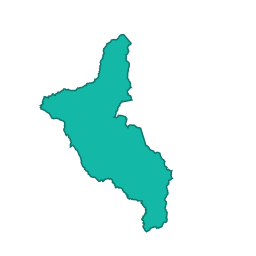 the district of Almas, Tocantins, Brazil, rotated 306°
{"feature_id": "56859067B55492829903460", "entity_name": "Almas", "entity_type": "district", "adm_level": 2, "iso_a3": "BRA", "parent_name": "Brazil", "parent_adm1": "Tocantins", "projection": "albers", "projection_center": [-47.229, -11.473], "detail": "fine", "context": "isolated", "style": "filled", "palette": "teal", "viewbox_px": 256, "rotation_deg": 306, "n_neighbors": 0, "source": "geoboundaries", "source_scale": "gbopen_adm2", "svg_char_len": 5730}
<svg xmlns="http://www.w3.org/2000/svg" viewBox="0 0 256 256"><g transform="rotate(306 128 128)"><path d="M199.7,68.1L198.7,67.3L197.0,67.1L194.2,67.3L192.8,66.9L192.3,66.3L190.9,64.2L189.5,63.0L189.1,62.9L187.8,63.4L186.5,62.9L186.1,62.5L184.9,62.5L184.1,61.4L181.4,62.3L180.9,62.1L178.5,62.0L177.7,61.8L177.3,62.4L176.1,62.6L174.9,64.0L174.3,65.1L173.2,64.7L172.1,65.0L171.3,65.9L170.0,66.0L169.2,66.8L167.8,66.5L166.4,66.5L164.7,67.1L163.7,68.4L162.5,69.0L161.8,68.8L161.3,69.1L160.6,69.9L160.2,70.2L159.5,70.1L159.3,70.6L158.0,71.3L156.7,71.6L156.4,72.1L155.8,72.4L155.0,72.5L154.4,72.3L152.4,74.0L151.8,74.2L148.6,73.6L148.1,72.6L147.1,73.0L146.3,73.7L145.6,73.6L145.0,73.2L144.4,73.2L143.6,72.3L142.8,72.1L141.8,70.5L140.4,69.6L140.2,68.9L139.6,68.7L139.1,68.8L138.6,68.7L138.0,69.2L136.9,68.2L133.9,67.1L132.4,65.4L131.5,65.0L130.8,63.8L130.1,63.9L128.8,63.6L128.0,63.9L127.3,63.6L126.6,62.1L125.1,60.4L124.1,58.1L124.1,57.0L123.6,57.1L123.1,55.9L122.3,55.6L122.6,54.3L122.0,53.2L121.5,53.0L120.5,53.4L119.6,52.6L118.4,52.4L118.0,52.0L116.5,52.1L116.1,50.6L115.6,50.2L115.0,50.6L113.1,49.6L111.8,49.9L111.3,49.3L111.7,48.9L111.3,46.9L109.4,47.1L107.8,46.2L107.3,45.2L106.8,45.0L106.3,45.1L106.0,45.8L105.4,45.9L104.5,42.3L104.1,41.8L103.4,42.1L103.3,42.7L101.6,42.6L98.9,43.5L98.4,43.8L98.0,44.4L98.0,44.9L97.3,45.1L96.3,44.5L95.5,44.4L94.8,44.0L94.8,45.3L94.1,45.3L93.3,44.9L92.8,46.1L92.3,46.4L92.8,47.6L92.8,48.3L93.2,49.9L93.4,52.1L93.1,53.5L93.4,54.1L93.5,55.6L92.3,58.7L91.3,60.6L91.7,61.3L91.7,62.2L93.4,63.8L94.1,64.7L94.4,66.1L94.9,66.8L94.6,68.4L95.1,69.1L95.1,69.9L95.7,71.2L95.6,73.0L93.7,74.8L92.4,75.3L92.0,76.0L91.3,76.5L89.5,76.7L88.4,77.5L87.2,80.2L86.3,81.2L85.7,82.4L86.8,82.6L87.2,83.1L86.8,84.4L86.1,84.9L85.4,86.0L85.2,87.7L84.0,88.6L83.9,89.4L83.0,90.5L82.5,90.8L81.9,90.7L80.9,91.0L78.9,92.5L80.1,93.0L80.7,92.9L81.2,93.1L81.5,93.5L81.3,95.3L80.4,97.7L80.0,98.0L79.8,98.6L80.1,99.4L80.0,100.1L78.3,103.3L77.5,104.0L77.2,105.2L76.2,107.1L74.3,109.2L74.2,109.7L72.9,110.1L70.8,113.2L70.1,115.0L70.7,116.1L69.2,117.0L69.1,118.5L68.7,119.2L69.3,121.0L68.8,121.4L68.2,122.5L67.4,122.8L67.6,124.6L67.0,125.6L66.9,126.4L67.6,128.7L68.6,130.1L68.5,132.5L68.2,133.0L67.9,135.2L67.7,135.6L68.5,136.6L69.8,136.8L70.4,137.1L70.5,137.7L70.0,138.8L70.3,139.4L70.9,139.3L71.2,139.0L71.7,139.5L73.0,139.5L73.3,140.0L74.8,140.9L75.2,141.7L75.9,142.0L75.9,143.4L76.7,143.6L76.7,144.4L77.0,144.9L75.7,147.3L75.0,147.2L74.7,148.0L75.2,149.6L74.0,150.6L74.1,151.1L73.9,151.7L72.9,152.4L72.5,153.1L74.3,154.7L74.5,155.3L74.2,155.9L74.7,155.9L75.4,157.6L75.3,159.6L74.8,160.0L74.2,161.2L74.4,161.6L73.7,162.5L74.0,163.7L73.7,165.8L73.0,165.8L73.0,166.7L73.4,167.4L73.1,167.9L72.3,167.5L71.7,167.9L71.2,169.2L71.3,170.7L71.9,170.7L72.2,171.2L72.6,173.1L73.2,173.3L73.2,174.5L74.3,175.9L74.8,176.9L75.0,177.5L74.8,178.8L75.9,180.0L77.1,182.4L76.6,182.9L76.1,182.9L75.5,182.6L74.9,183.1L75.1,184.2L74.3,185.2L74.6,185.8L73.6,187.6L73.9,189.0L72.4,190.1L72.6,190.7L71.5,190.9L71.4,191.5L69.9,191.9L70.0,192.7L69.3,192.8L68.1,192.1L67.0,192.7L66.2,192.6L65.6,192.1L65.2,192.6L64.6,192.4L63.8,193.2L63.1,192.7L62.6,192.7L62.0,193.1L62.0,195.2L61.7,195.6L61.0,195.9L60.3,195.9L59.9,196.1L60.3,196.9L60.1,197.8L59.4,197.7L57.9,198.0L57.3,197.9L57.2,198.4L56.3,199.1L56.2,200.7L55.6,201.1L55.0,202.6L55.1,204.1L55.8,204.2L57.0,205.0L58.4,205.5L59.6,205.0L60.8,205.4L61.2,205.9L62.4,206.6L63.7,207.7L64.4,208.9L63.8,210.2L65.0,210.9L65.1,211.7L65.6,211.9L66.2,211.8L67.1,212.9L68.5,213.3L68.9,212.9L71.3,212.7L72.4,212.4L72.9,212.5L73.5,212.9L73.9,214.1L75.4,214.2L76.5,213.7L77.4,213.0L77.5,211.8L78.8,211.7L79.1,211.0L80.7,210.5L81.7,209.8L82.5,209.5L82.9,208.3L84.3,206.2L84.4,205.3L85.1,204.9L86.0,204.7L87.9,203.8L88.5,203.8L90.0,203.1L90.9,202.0L91.1,200.4L91.6,199.9L93.4,199.2L94.6,199.4L95.5,199.0L96.8,199.0L97.3,198.7L98.0,199.0L98.7,198.8L99.9,197.2L100.6,197.0L101.2,195.7L103.5,193.4L104.6,193.3L105.2,193.7L106.4,193.4L106.7,193.8L109.8,191.7L111.3,193.1L112.8,193.0L113.3,193.4L113.7,192.2L115.2,190.4L116.0,190.3L117.2,189.2L119.1,188.5L118.2,187.5L118.3,186.5L118.1,185.9L118.3,185.2L117.4,184.7L117.3,183.6L118.5,182.7L119.0,182.7L118.9,182.0L119.1,181.5L118.8,180.1L120.7,178.1L121.2,178.1L121.6,177.6L122.7,177.4L122.7,176.5L123.2,175.6L123.0,173.6L124.5,170.7L126.3,168.6L126.0,167.0L125.2,165.6L123.8,165.0L123.5,164.5L123.8,163.2L124.3,162.5L123.8,160.2L123.5,159.6L123.5,158.0L124.2,156.9L124.6,155.2L124.7,153.8L124.2,153.2L124.4,152.7L135.2,138.4L135.0,137.4L134.5,136.3L134.0,135.9L133.8,135.4L133.9,133.8L133.6,133.4L134.0,131.8L133.6,131.3L133.4,130.5L132.9,130.4L132.6,129.4L131.4,127.6L129.9,127.2L127.7,128.1L128.6,127.2L129.0,124.3L130.8,123.1L132.6,122.6L134.5,121.8L134.0,121.2L134.5,120.6L135.4,120.2L135.6,119.2L135.2,118.5L134.6,116.1L132.7,112.9L132.2,112.8L131.7,113.3L129.6,112.6L129.2,111.7L129.2,110.9L128.7,110.4L129.6,110.4L130.1,110.7L130.6,110.6L132.4,109.8L133.0,109.7L133.9,108.8L134.7,109.1L136.2,109.0L137.3,108.7L137.7,108.2L138.6,107.9L140.5,107.7L141.0,108.1L141.8,107.9L142.1,107.4L142.7,107.2L143.6,107.5L146.0,107.3L146.2,108.6L146.9,108.7L147.4,109.6L153.0,114.7L153.5,113.5L155.3,111.8L155.4,111.0L154.9,108.4L155.7,108.2L156.1,106.9L157.8,105.6L160.3,106.1L162.0,106.0L162.5,106.6L162.6,105.9L163.5,105.5L164.3,104.4L165.4,103.9L165.9,103.3L166.4,102.1L166.5,101.0L167.3,100.2L168.4,97.8L170.5,96.8L170.9,96.2L173.2,95.0L174.5,94.7L175.1,94.1L176.3,93.4L179.1,92.5L180.9,90.9L181.4,90.3L181.5,87.4L181.8,86.6L182.3,86.1L184.1,85.2L185.9,83.4L187.8,84.1L188.7,83.9L189.5,83.4L190.5,83.5L191.4,82.1L191.9,81.6L192.4,80.6L193.1,80.0L193.8,80.2L195.8,79.7L196.3,80.6L197.2,80.9L198.3,80.7L201.0,69.6L199.7,68.1Z" fill="#14b8a6" stroke="#0f766e" stroke-width="1.5"/></g></svg>